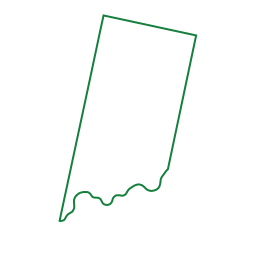 Richardson, Nebraska, United States of America, rotated 102°
{"feature_id": "52423323B40677029402754", "entity_name": "Richardson", "entity_type": "district", "adm_level": 2, "iso_a3": "USA", "parent_name": "United States of America", "parent_adm1": "Nebraska", "projection": "robinson", "projection_center": [-95.464, 40.131], "detail": "fine", "context": "isolated", "style": "outline", "palette": "green", "viewbox_px": 256, "rotation_deg": 102, "n_neighbors": 0, "source": "geoboundaries", "source_scale": "gbopen_adm2", "svg_char_len": 1162}
<svg xmlns="http://www.w3.org/2000/svg" viewBox="0 0 256 256"><g transform="rotate(102 128 128)"><path d="M89.5,175.4L90.6,175.4L213.0,175.6L223.6,175.6L233.0,175.6L233.0,174.8L232.2,172.7L231.9,172.2L231.0,171.2L230.1,170.8L227.0,169.9L224.7,168.6L221.6,165.3L220.9,164.9L218.5,164.1L216.4,164.1L210.7,165.7L209.4,165.8L208.1,165.7L206.8,165.4L204.8,164.5L203.4,163.5L201.5,161.6L200.6,159.9L199.8,158.0L199.1,154.2L199.4,152.8L200.1,151.4L201.2,150.2L202.7,148.6L203.1,146.8L202.8,145.0L202.4,142.3L203.3,140.0L205.6,138.1L206.5,137.4L207.3,136.2L207.7,135.2L207.7,133.5L207.6,132.3L207.0,131.0L206.0,129.6L204.3,128.7L202.8,128.3L199.9,128.1L198.2,127.3L197.0,126.3L196.3,125.3L196.0,124.3L195.6,122.5L195.5,120.0L195.2,118.9L194.7,117.9L193.4,116.6L192.8,116.3L189.2,115.1L187.4,114.1L184.4,111.3L182.8,109.5L181.9,108.1L181.4,107.1L180.9,105.7L180.9,103.9L181.0,102.7L182.3,99.8L183.6,98.0L184.3,96.6L184.7,95.1L184.8,92.8L184.6,91.7L183.9,89.8L182.4,87.4L180.9,86.1L179.9,85.5L178.6,85.1L175.6,84.9L171.1,85.3L169.2,84.9L161.6,81.5L160.0,80.4L23.3,80.6L23.0,175.3L38.7,175.4L61.3,175.4L89.5,175.4Z" fill="none" stroke="#15803d" stroke-width="2"/></g></svg>